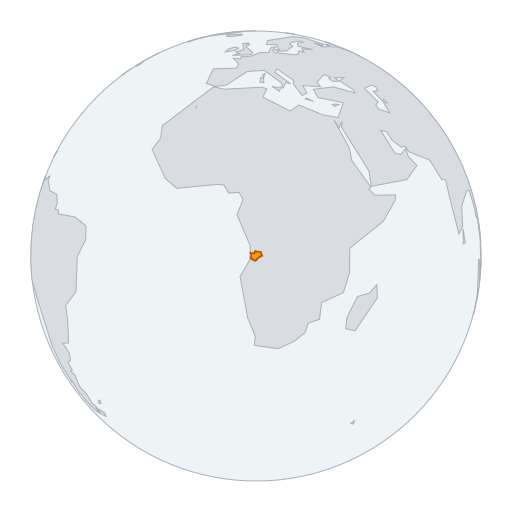 the Earth from above Cuanza Sul, rotated 8°
{"feature_id": "AGO-1879", "entity_name": "Cuanza Sul", "entity_type": "Province", "adm_level": 1, "iso_a3": "AGO", "parent_name": "Angola", "parent_adm1": "", "projection": "orthographic", "projection_center": [15.061, -10.94], "detail": "fine", "context": "on_globe", "style": "filled", "palette": "amber", "viewbox_px": 512, "rotation_deg": 8, "n_neighbors": 0, "source": "natural_earth", "source_scale": "10m", "svg_char_len": 7307}
<svg xmlns="http://www.w3.org/2000/svg" viewBox="0 0 512 512"><g transform="rotate(8 256 256)"><circle cx="256" cy="256" r="225" fill="#eef3f6" stroke="#a8b0b8"/><path d="M131.7,68.1L128.8,70.3L125.5,72.7L116.8,78.9L116.0,79.5L131.7,68.1ZM102.2,91.4L102.1,91.5L103.5,90.3L107.2,87.0L104.7,89.3L97.1,96.3L102.2,91.4ZM35.9,207.9L36.3,206.0L33.9,218.7L36.6,205.8L36.1,210.5L40.4,205.4L39.4,208.6L42.7,220.0L50.2,222.7L51.9,231.3L50.6,237.6L54.1,238.0L54.2,241.8L71.6,242.6L83.5,249.9L85.1,263.6L79.1,281.3L82.7,316.5L74.4,331.3L78.4,345.7L82.6,368.2L76.7,369.3L84.8,378.2L86.8,385.3L84.7,387.4L89.9,394.4L88.6,395.8L93.4,399.3L99.6,409.9L107.5,416.3L114.1,424.5L119.4,428.0L118.8,428.5L120.5,430.6L123.4,432.8L118.1,430.9L107.2,422.4L102.2,417.2L101.4,417.2L89.7,403.9L91.9,407.2L76.5,388.8L66.2,372.4L44.7,327.4L41.4,319.5L38.1,312.7L36.2,305.5L33.2,289.4L31.4,273.1L30.7,256.7L31.3,240.4L33.0,224.1L35.9,207.9ZM129.7,435.7L119.9,432.1L124.1,433.4L120.1,428.9L127.8,432.3L129.7,435.7ZM120.8,423.7L120.3,420.6L122.2,421.4L123.0,423.8L120.8,423.7ZM320.6,40.2L326.8,42.1L331.2,43.9L332.6,44.4L329.8,43.2L324.5,41.4L339.4,46.7L354.0,53.1L368.0,60.5L381.5,68.9L394.3,78.2L406.5,88.4L417.9,99.4L428.6,111.2L438.3,123.7L447.2,136.8L455.1,150.6L462.0,164.9L467.9,179.6L472.8,194.7L476.6,210.1L474.3,201.1L477.2,216.2L480.1,233.1L481.2,250.4L480.6,242.6L479.0,227.4L477.7,221.0L475.5,207.5L469.5,186.0L468.6,187.1L466.2,179.3L457.9,161.1L455.3,162.6L452.8,178.2L456.5,198.3L453.9,205.8L440.6,173.6L433.1,154.1L429.3,154.5L414.8,136.9L392.7,131.5L388.7,126.6L384.7,127.9L374.4,122.2L367.9,114.6L362.0,114.4L379.1,134.7L385.2,135.3L389.2,128.9L392.9,136.1L402.7,143.9L394.9,159.3L360.6,170.9L355.9,155.9L322.6,116.4L322.8,112.5L322.6,112.1L322.1,111.3L320.5,117.5L314.3,110.5L333.6,136.3L337.4,147.9L360.2,171.8L358.4,173.9L365.3,179.3L385.7,176.1L386.1,181.2L377.3,203.8L347.8,235.2L351.0,259.4L347.6,280.1L327.5,293.0L327.7,309.8L317.1,315.3L315.3,324.9L305.9,335.0L290.8,344.7L266.8,344.8L266.6,335.8L256.5,318.7L243.1,278.6L250.5,260.3L248.9,246.7L231.4,217.8L235.4,201.6L230.3,195.3L220.2,197.5L214.3,190.1L208.0,190.4L168.1,200.0L155.3,191.7L138.3,165.0L145.1,152.5L145.1,139.9L190.5,94.4L201.4,95.2L238.7,88.0L243.6,89.1L240.6,97.6L269.7,107.7L277.4,100.4L302.3,106.9L318.0,107.5L321.1,92.0L295.4,90.5L289.5,83.0L309.0,77.8L331.2,80.7L329.7,78.0L314.4,70.9L318.3,67.1L309.0,68.4L313.7,71.2L308.0,72.4L303.3,70.0L304.9,68.5L297.9,67.0L292.2,75.6L296.4,79.4L278.6,80.7L283.8,87.4L279.4,90.6L269.0,80.5L269.1,77.0L250.7,67.8L249.0,71.4L266.3,80.7L261.4,80.0L259.2,86.2L257.1,81.0L238.7,71.0L221.9,74.4L202.5,91.1L192.3,93.7L182.8,92.0L187.8,76.6L210.1,72.8L212.2,68.3L206.0,63.3L213.3,62.9L213.5,60.7L221.7,59.6L231.7,53.9L239.8,52.9L242.1,47.2L246.6,46.2L244.0,49.7L246.5,52.0L266.5,51.3L269.9,50.1L269.8,46.8L275.3,47.5L272.6,44.4L283.3,43.7L268.0,42.3L267.5,39.4L273.0,37.7L270.1,36.7L261.0,39.8L259.9,41.4L263.3,43.0L257.8,48.6L251.3,49.7L246.6,43.8L236.8,45.2L237.5,41.0L261.6,33.7L272.5,33.2L293.9,37.0L292.3,38.0L283.8,36.8L293.1,40.0L291.7,38.7L296.2,39.6L296.9,38.0L300.1,38.6L295.1,36.4L299.2,37.0L302.3,38.4L306.8,37.7L314.8,39.3L314.2,38.9L311.3,38.0L323.5,41.3L322.6,40.9L318.2,39.6L313.4,38.2L311.5,37.7L320.6,40.2ZM176.6,115.0L175.7,118.6L176.6,115.0ZM356.2,93.1L368.6,95.8L360.5,85.7L364.6,86.2L360.4,82.9L359.9,85.0L349.1,76.6L353.6,75.2L350.8,71.6L346.5,70.6L340.1,74.8L355.4,86.4L353.6,89.7L356.2,93.1ZM40.6,205.1L40.8,207.0L39.9,207.8L40.6,205.1ZM44.4,180.2L44.9,180.2L43.6,182.4L44.4,180.2ZM43.9,179.9L43.9,180.7L41.7,186.6L43.9,179.9ZM104.2,89.5L104.7,89.1L102.9,90.8L103.1,90.6L104.2,89.5ZM116.8,80.1L112.5,84.2L114.3,82.1L110.9,84.8L110.5,84.2L123.8,73.9L117.9,78.4L116.8,80.1ZM112.5,82.4L112.4,82.4L112.5,82.4ZM206.4,52.0L209.8,52.6L207.4,55.1L197.1,58.2L200.4,54.4L206.4,52.0ZM215.1,53.2L213.3,47.5L219.6,46.0L216.4,47.7L220.7,47.2L216.7,50.0L224.4,54.8L222.8,57.4L204.7,60.6L211.5,57.8L207.8,57.0L215.1,53.2ZM197.6,41.7L197.0,40.9L211.6,38.4L210.5,39.6L200.2,42.2L195.4,42.4L197.6,41.7ZM224.9,32.9L225.0,32.9L222.3,33.3L221.5,33.5L215.6,34.5L214.2,35.0L212.2,35.3L211.3,36.0L209.3,36.0L205.6,37.0L209.5,36.4L179.5,44.6L168.4,49.0L160.3,53.1L158.0,53.5L164.1,50.3L164.7,50.0L184.2,42.5L204.3,36.7L224.9,32.9ZM248.3,85.8L251.9,86.1L257.4,85.5L256.1,89.7L248.3,85.8ZM235.6,79.0L238.7,78.3L239.6,83.3L235.8,83.4L235.6,79.0ZM239.7,74.0L238.8,77.9L237.1,75.8L239.7,74.0ZM246.8,49.1L250.1,48.6L250.7,49.3L249.3,50.6L246.8,49.1ZM260.8,30.8L257.8,30.9L254.9,30.8L255.7,30.8L253.7,30.7L260.8,30.8ZM317.1,94.3L313.1,97.0L310.5,95.4L312.4,94.7L317.1,94.3ZM283.5,92.6L291.5,94.8L283.0,93.7L283.5,92.6ZM262.3,30.9L260.6,30.8L264.0,30.9L262.3,30.9ZM376.3,405.3L375.7,408.9L373.2,408.5L376.3,405.3ZM382.0,280.5L364.4,316.4L354.9,315.5L354.6,304.1L362.1,282.0L373.6,276.9L379.6,267.5L382.0,280.5ZM479.4,284.7L479.7,282.6L480.1,279.5L479.4,284.7ZM480.5,274.4L480.1,279.1L480.6,264.1L477.0,227.7L478.4,230.2L481.2,254.7L481.2,257.5L481.0,266.3L480.5,274.4ZM457.3,200.5L461.4,214.1L459.5,215.2L457.3,200.5ZM298.1,34.7L297.9,34.7L300.2,35.3L306.2,36.8L297.3,35.0L293.7,33.9L294.6,34.0L298.1,34.7Z" fill="#d9dde1" stroke="#a8b0b8" stroke-width="1"/><path d="M251.1,259.2L251.1,258.6L251.1,258.1L251.1,257.9L251.1,257.6L251.2,257.4L251.3,256.7L251.3,256.2L251.2,255.9L250.9,255.4L250.9,255.2L251.0,255.0L251.0,254.9L250.9,254.9L250.8,254.7L250.7,254.6L250.4,254.2L250.1,254.0L250.1,253.9L250.0,253.6L250.0,253.4L249.9,253.3L250.0,253.2L250.2,253.3L250.3,253.3L250.5,253.4L250.6,253.5L250.8,253.8L250.8,253.7L251.0,253.7L251.2,253.8L251.3,253.8L251.5,253.8L251.8,253.8L252.0,253.9L252.2,253.7L252.5,253.5L252.6,253.4L252.8,253.4L253.0,253.4L253.1,253.5L253.4,253.6L253.5,253.7L253.6,253.8L253.8,253.9L254.0,254.0L254.1,253.9L254.2,253.7L254.3,253.7L254.3,253.4L254.2,253.3L254.1,253.2L254.1,252.9L254.1,252.7L254.0,252.4L254.1,252.2L254.1,251.7L254.1,251.4L254.3,251.4L254.8,251.4L254.9,251.2L255.0,251.3L255.0,251.2L255.5,251.2L256.1,251.2L256.2,251.3L256.3,251.3L256.5,251.4L256.5,251.5L256.8,251.5L257.0,251.6L257.3,251.5L257.6,251.5L257.8,251.5L258.0,251.5L258.1,251.4L258.2,251.5L258.3,251.5L258.7,251.5L258.8,251.4L258.9,251.2L259.0,251.2L259.2,251.3L259.3,251.3L259.4,251.2L259.5,251.2L259.8,251.2L259.9,251.3L260.0,251.3L260.3,251.3L260.5,251.4L260.5,251.5L260.6,251.8L260.8,251.9L260.9,252.2L261.0,252.3L261.1,252.9L260.9,253.0L260.9,253.3L261.0,253.4L261.2,253.5L261.4,253.7L261.3,253.8L261.4,254.0L261.5,254.0L261.8,254.3L261.9,254.5L262.0,254.6L261.9,254.6L261.9,254.8L261.8,255.0L261.7,255.0L261.4,255.3L261.2,255.4L261.0,255.5L260.9,255.6L260.7,255.8L260.5,256.1L260.4,256.2L260.3,256.3L260.2,256.2L259.8,256.2L259.7,256.2L259.4,256.0L259.3,256.6L259.2,256.7L259.1,256.9L258.9,257.2L258.8,257.3L258.8,257.6L258.7,257.8L258.6,258.0L258.2,258.2L257.9,258.2L257.8,258.3L257.6,258.3L257.3,258.4L257.2,258.6L257.1,258.8L257.2,259.0L257.3,259.2L257.3,259.3L257.3,259.5L257.2,259.5L257.2,259.8L257.2,260.0L256.9,260.1L256.6,260.2L256.2,260.4L256.1,260.5L255.8,261.0L255.7,260.9L255.6,260.7L255.2,260.5L254.9,260.6L254.7,260.6L254.4,260.3L254.3,260.1L253.9,259.6L253.7,259.5L253.3,259.7L253.1,260.0L252.8,260.2L252.6,259.9L252.4,259.8L252.3,259.7L252.3,259.4L252.2,259.3L251.8,259.3L251.5,259.3L251.4,259.3L251.3,259.2L251.1,259.2L251.1,259.2Z" fill="#f59e0b" stroke="#b45309" stroke-width="1.5"/></g></svg>